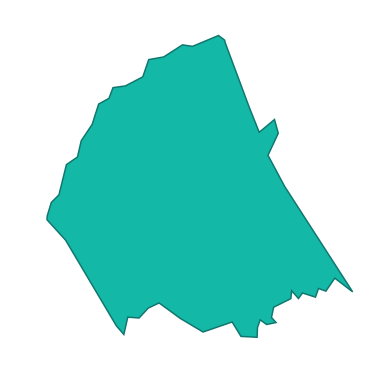 outline of Wilkes, Georgia, United States of America, rotated 353°
{"feature_id": "52423323B5561424774861", "entity_name": "Wilkes", "entity_type": "district", "adm_level": 2, "iso_a3": "USA", "parent_name": "United States of America", "parent_adm1": "Georgia", "projection": "equal_earth", "projection_center": [-82.73, 33.794], "detail": "fine", "context": "isolated", "style": "filled", "palette": "teal", "viewbox_px": 384, "rotation_deg": 353, "n_neighbors": 0, "source": "geoboundaries", "source_scale": "gbopen_adm2", "svg_char_len": 810}
<svg xmlns="http://www.w3.org/2000/svg" viewBox="0 0 384 384"><g transform="rotate(353 192 192)"><path d="M223.0,341.3L238.9,344.1L240.5,334.4L244.1,327.2L249.9,332.6L259.5,331.8L255.6,326.2L259.0,316.3L277.1,309.9L278.9,302.2L284.7,310.7L289.3,305.7L301.7,311.4L305.8,303.2L312.8,306.7L323.2,294.9L339.3,310.7L284.6,197.7L271.9,164.8L284.8,144.2L282.7,130.1L266.0,140.9L259.3,115.5L243.1,47.7L242.9,45.3L237.4,39.9L210.3,47.5L200.5,44.8L180.3,54.5L165.2,55.3L157.2,71.7L138.7,78.6L126.3,78.8L121.0,88.9L110.1,93.3L101.1,112.8L88.3,127.6L82.6,143.3L70.7,149.5L59.6,178.6L51.1,185.2L45.3,198.3L44.7,201.9L60.6,224.3L66.8,238.4L100.7,315.8L107.0,325.1L113.0,308.4L124.1,310.6L134.4,301.9L145.8,298.1L164.9,316.0L185.9,332.3L216.0,325.9L223.0,341.3Z" fill="#14b8a6" stroke="#0f766e" stroke-width="1.5"/></g></svg>